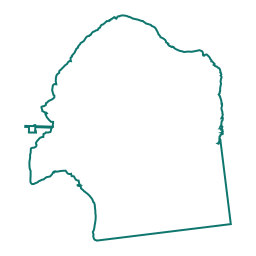 Ollei, Palau
{"feature_id": "81905179B39968712547281", "entity_name": "Ollei", "entity_type": "district", "adm_level": 2, "iso_a3": "PLW", "parent_name": "Palau", "parent_adm1": "", "projection": "albers", "projection_center": [134.619, 7.719], "detail": "fine", "context": "isolated", "style": "outline", "palette": "teal", "viewbox_px": 256, "rotation_deg": 0, "n_neighbors": 0, "source": "geoboundaries", "source_scale": "gbopen_adm2", "svg_char_len": 5631}
<svg xmlns="http://www.w3.org/2000/svg" viewBox="0 0 256 256"><path d="M230.8,224.1L220.6,142.0L218.8,143.1L218.5,143.7L217.8,143.4L218.4,143.1L219.1,141.7L219.6,141.5L219.8,140.7L220.2,140.6L220.5,140.2L220.3,139.7L219.5,140.0L219.6,139.5L219.4,139.5L219.3,138.8L219.8,138.3L219.6,137.8L219.4,137.0L219.7,136.3L220.0,136.3L220.4,135.8L220.5,134.9L221.1,134.6L221.5,134.1L222.1,133.9L222.6,134.1L222.8,133.8L222.6,133.4L222.3,133.2L222.1,132.8L221.7,132.7L222.0,132.6L222.2,132.1L222.5,132.2L222.8,131.9L222.8,131.4L222.2,131.1L222.3,130.7L222.5,129.9L222.2,129.4L221.3,129.5L221.4,129.2L221.3,128.8L220.7,128.7L221.6,128.3L222.0,127.8L222.2,127.2L222.4,126.8L222.0,126.3L221.5,125.9L220.5,126.4L220.9,125.5L221.3,124.7L221.4,123.9L221.4,123.2L221.6,122.2L221.7,121.1L222.5,120.4L222.4,119.8L222.7,119.2L222.9,118.1L222.5,117.6L221.6,117.9L222.5,116.0L222.8,114.3L222.4,113.6L222.4,112.1L222.0,110.7L221.5,109.3L221.4,108.5L221.7,107.0L222.1,105.1L221.5,104.0L222.0,103.7L221.3,101.5L221.2,100.1L220.5,98.4L220.2,96.9L219.8,96.5L219.6,95.5L218.7,94.6L219.7,93.1L219.6,92.2L220.1,91.6L220.1,90.1L220.2,88.0L220.5,86.1L221.0,84.1L220.8,82.4L220.5,81.6L220.8,80.3L221.1,78.3L221.5,77.9L221.5,76.7L221.2,76.2L220.6,75.6L221.3,74.6L220.8,72.7L220.3,72.5L220.5,71.9L220.0,69.6L219.2,68.3L218.2,67.7L217.8,67.6L216.8,66.6L215.8,66.3L215.1,66.1L214.6,65.4L213.7,64.9L214.6,64.0L213.1,62.4L212.1,61.4L211.3,61.3L211.3,60.0L210.3,59.0L209.4,57.1L208.0,55.7L206.7,54.5L205.2,54.7L204.7,54.9L204.4,55.6L203.2,55.5L202.9,54.7L203.0,53.5L202.5,51.7L201.8,51.1L200.3,50.5L199.1,50.2L197.4,50.7L195.7,51.0L193.9,51.4L192.5,51.6L191.3,51.8L189.7,51.6L188.4,51.6L186.7,51.7L185.3,51.9L183.9,52.0L182.2,51.3L179.6,50.8L177.5,49.9L175.8,49.1L174.9,48.5L174.2,48.1L173.7,47.1L173.2,46.9L172.6,47.0L172.1,46.6L171.5,47.0L170.9,46.6L170.3,46.1L169.5,46.0L169.2,45.7L168.2,44.7L168.4,44.2L167.9,44.1L167.8,43.3L167.4,43.0L166.2,42.5L165.7,40.7L165.0,39.8L163.9,38.9L162.1,37.9L160.5,37.2L160.3,36.7L159.8,35.8L159.5,35.3L159.0,34.7L158.6,34.6L158.4,33.9L157.9,32.7L157.0,30.9L156.1,29.3L155.7,28.6L155.0,27.7L154.3,27.1L153.4,26.6L152.7,26.4L151.8,26.0L151.3,25.3L150.7,24.9L148.3,24.1L147.4,23.9L146.9,23.7L146.2,23.6L145.6,23.2L144.9,22.6L144.1,22.1L143.3,21.4L142.6,20.9L141.9,21.0L139.9,20.4L138.1,19.7L135.8,19.2L134.3,18.9L133.6,18.6L132.8,18.6L131.3,17.7L129.3,16.8L128.7,16.9L128.4,16.7L127.6,16.4L126.8,16.0L125.5,15.7L123.7,15.5L122.0,15.4L120.0,15.9L119.6,16.3L118.8,16.2L117.8,16.5L117.3,17.1L116.9,17.7L116.5,18.5L116.2,18.7L114.8,17.3L114.5,17.7L113.9,17.4L112.7,18.3L112.3,18.7L111.2,19.0L110.6,19.9L109.7,20.0L109.4,20.8L108.8,20.6L107.9,21.2L106.7,21.1L104.7,23.1L103.9,23.7L103.1,24.4L101.5,24.9L100.6,26.1L100.0,27.6L99.1,28.1L98.5,28.4L98.2,29.4L97.5,30.1L96.3,30.3L95.7,30.6L94.2,31.5L93.2,31.7L92.3,32.5L91.4,33.6L91.0,34.5L90.4,35.1L89.6,35.2L89.2,36.0L88.3,36.1L87.4,36.3L86.5,37.0L85.8,37.8L85.4,38.6L84.8,39.4L84.1,40.7L82.6,41.9L80.7,43.0L79.8,44.5L79.0,45.4L78.3,46.2L77.8,47.2L78.0,47.6L76.2,49.0L76.1,49.7L75.0,51.5L74.7,52.6L74.0,53.3L71.8,55.9L72.0,56.6L71.3,57.1L70.6,57.8L70.6,58.8L70.6,59.9L70.9,61.1L69.8,60.9L68.1,62.1L67.0,64.0L65.2,65.2L63.6,66.9L61.9,68.6L60.8,69.8L60.1,70.2L59.4,70.9L59.2,71.6L59.2,72.9L57.4,74.1L56.3,75.8L56.2,76.9L55.8,78.2L55.9,79.3L55.7,81.0L55.8,81.7L56.1,82.9L56.3,84.3L54.4,84.1L53.7,84.5L52.9,85.5L52.6,87.0L52.5,88.2L52.1,90.1L52.5,91.3L52.7,92.5L53.3,93.9L53.3,94.7L54.4,95.7L54.3,97.5L52.8,98.9L51.7,99.6L50.5,100.1L49.2,100.7L48.0,101.5L47.3,102.5L46.2,102.9L45.9,103.5L45.9,104.9L45.1,105.5L44.1,106.1L42.5,106.4L41.6,106.7L41.4,107.1L41.7,108.5L42.0,109.2L42.3,110.1L42.2,110.9L44.1,112.0L45.6,112.6L46.3,112.7L46.9,113.4L45.4,114.1L46.9,117.3L49.2,120.1L51.2,121.9L53.1,121.9L53.1,123.2L52.8,124.8L53.0,126.7L35.7,126.2L35.3,125.1L34.3,125.1L33.9,126.1L25.3,125.9L25.2,126.9L29.0,127.0L28.9,132.5L36.0,132.6L35.8,131.0L35.1,131.1L35.4,127.1L52.0,127.7L51.5,128.2L51.1,129.4L50.8,131.0L50.4,132.0L49.3,132.3L48.1,132.5L47.2,132.5L45.9,132.4L45.5,133.0L44.7,133.6L43.6,133.8L43.4,134.8L43.4,136.1L43.3,137.0L41.8,137.1L40.0,137.8L37.4,140.7L36.5,141.9L35.9,143.1L36.2,144.4L36.6,145.1L36.2,146.1L35.8,146.8L35.4,147.0L34.0,147.7L32.9,147.7L31.5,148.1L30.9,148.5L30.8,149.8L30.7,151.2L30.7,152.7L30.1,154.6L30.1,156.3L30.1,157.9L29.6,160.7L29.4,162.3L29.4,164.2L29.5,166.3L29.6,168.1L30.1,169.7L30.6,170.9L30.6,174.0L30.6,175.3L30.5,177.6L30.4,179.1L30.4,181.1L30.6,182.5L31.3,183.4L32.1,184.1L33.8,184.0L34.9,183.4L37.4,182.4L39.0,181.1L40.6,180.5L41.7,179.8L43.7,179.4L45.1,178.2L46.6,177.1L48.0,176.9L50.2,176.4L51.8,174.6L52.7,173.3L53.0,172.4L53.5,172.0L53.8,172.4L54.3,172.5L54.6,172.2L54.7,171.4L55.5,171.3L56.6,171.7L58.2,171.5L60.4,171.0L62.9,170.8L64.9,170.7L65.6,170.7L65.8,171.0L66.4,171.7L66.8,172.5L67.5,173.3L68.3,173.8L69.1,174.0L70.4,174.0L71.1,173.8L71.3,174.7L71.7,176.1L72.5,176.2L73.5,176.2L74.0,176.5L74.7,177.8L75.2,178.8L76.0,179.8L77.2,180.4L78.6,180.6L78.8,181.4L79.0,182.7L79.3,183.7L79.7,184.8L80.1,185.0L79.6,185.1L79.3,185.1L79.1,185.3L78.8,185.1L78.6,184.9L78.2,184.9L77.6,185.1L77.7,185.6L78.2,185.8L79.1,186.0L80.5,186.0L80.9,187.0L80.9,188.2L81.9,189.2L83.4,190.4L84.1,191.3L84.8,191.6L85.9,192.6L87.5,193.8L89.7,195.9L91.1,197.7L92.3,199.3L93.0,201.2L93.2,202.0L94.1,202.7L94.4,203.6L94.8,205.2L94.9,206.9L95.3,210.5L95.4,213.3L95.7,215.7L95.7,217.1L95.6,219.1L95.4,221.0L95.1,223.0L94.7,225.0L94.4,227.4L94.1,228.9L93.6,230.7L92.9,231.7L92.9,232.4L93.1,233.3L93.4,233.9L93.5,234.3L93.5,235.1L93.2,235.8L93.4,236.9L93.7,238.0L94.1,239.0L95.1,240.0L95.8,240.1L96.6,240.5L96.8,240.6L230.8,224.1Z" fill="none" stroke="#0f766e" stroke-width="2"/></svg>